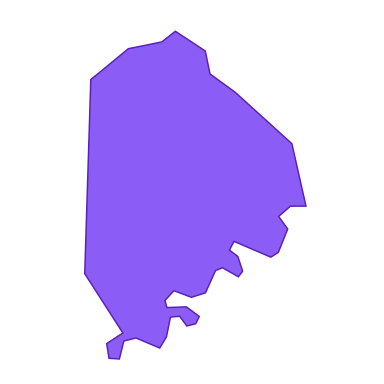 the district of Henry, Kentucky, United States of America, rotated 86°
{"feature_id": "52423323B56521650356129", "entity_name": "Henry", "entity_type": "district", "adm_level": 2, "iso_a3": "USA", "parent_name": "United States of America", "parent_adm1": "Kentucky", "projection": "orthographic", "projection_center": [-85.03, 38.466], "detail": "fine", "context": "isolated", "style": "filled", "palette": "violet", "viewbox_px": 384, "rotation_deg": 86, "n_neighbors": 0, "source": "geoboundaries", "source_scale": "gbopen_adm2", "svg_char_len": 662}
<svg xmlns="http://www.w3.org/2000/svg" viewBox="0 0 384 384"><g transform="rotate(86 192 192)"><path d="M52.3,168.9L30.5,197.4L40.2,211.7L44.6,245.5L72.8,285.1L266.0,304.7L327.8,270.8L337.3,287.7L352.1,286.4L353.5,276.1L335.9,270.4L333.7,258.1L345.4,235.1L334.8,227.6L315.3,222.2L315.1,213.0L325.3,206.5L323.7,197.5L316.7,193.4L306.2,205.6L305.5,225.1L298.3,226.5L289.2,216.9L297.0,199.9L293.5,185.6L272.0,174.0L269.7,166.9L279.8,151.6L274.5,147.0L259.5,150.8L252.6,158.7L244.2,153.6L262.5,117.9L258.2,110.1L235.6,99.1L222.4,107.3L213.0,94.8L214.0,79.3L150.8,89.0L95.6,141.9L75.5,165.8L52.3,168.9Z" fill="#8b5cf6" stroke="#5b21b6" stroke-width="1.5"/></g></svg>